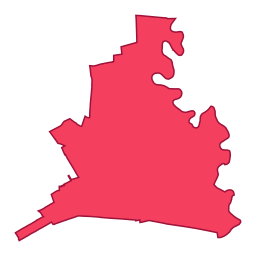 Filipesti, Bacau, Romania (orthographic projection)
{"feature_id": "2599482B19318854106378", "entity_name": "Filipesti", "entity_type": "district", "adm_level": 2, "iso_a3": "ROU", "parent_name": "Romania", "parent_adm1": "Bacau", "projection": "orthographic", "projection_center": [26.901, 46.775], "detail": "fine", "context": "isolated", "style": "filled", "palette": "rose", "viewbox_px": 256, "rotation_deg": 0, "n_neighbors": 0, "source": "geoboundaries", "source_scale": "gbopen_adm2", "svg_char_len": 5782}
<svg xmlns="http://www.w3.org/2000/svg" viewBox="0 0 256 256"><path d="M217.9,237.5L219.4,237.6L221.6,237.2L224.3,236.0L226.9,234.3L229.3,232.2L231.5,229.1L233.2,227.5L234.9,226.5L236.4,225.9L237.6,225.1L238.9,224.6L240.6,222.4L240.6,221.0L240.1,220.1L236.2,217.9L234.0,216.3L232.0,214.6L230.3,213.1L229.1,211.7L228.7,210.2L228.8,208.0L228.8,206.1L229.3,204.4L230.5,202.8L231.6,199.2L231.9,197.4L232.2,196.3L232.8,195.6L234.1,195.1L234.1,194.4L233.8,192.8L233.3,191.6L232.5,190.7L231.4,190.1L230.2,189.9L228.8,190.0L227.1,190.4L224.9,191.9L216.8,187.7L213.9,184.5L215.4,181.2L216.8,178.4L217.9,175.8L218.3,174.4L218.1,173.5L217.7,171.9L217.5,170.9L217.4,169.7L217.5,169.0L217.9,167.7L218.5,166.8L219.4,165.9L221.0,164.7L222.2,163.9L223.1,163.6L223.9,163.6L224.3,163.8L224.6,164.4L224.7,164.6L225.4,164.6L226.3,164.4L227.0,164.1L228.3,163.2L229.0,162.4L229.2,162.0L229.7,159.8L230.3,155.4L230.3,154.7L230.0,152.1L229.7,151.2L229.4,150.8L228.9,150.5L227.5,150.1L223.4,149.9L222.1,149.5L221.4,149.0L220.7,148.2L220.0,146.8L219.8,145.9L219.8,144.7L220.0,143.9L220.5,143.2L221.0,142.6L222.6,141.5L223.7,140.9L224.6,140.1L225.7,139.5L228.5,137.6L228.8,137.1L229.1,135.9L229.1,135.0L228.8,133.8L228.1,132.0L227.8,131.4L226.2,128.5L225.7,127.7L224.1,126.3L222.7,125.4L220.1,123.9L218.8,122.8L218.1,122.0L217.6,121.3L215.7,117.1L215.3,115.6L215.2,114.5L215.1,113.6L215.1,111.7L215.0,110.9L214.7,110.0L214.4,109.4L214.3,108.8L213.7,107.4L212.2,106.5L211.5,106.2L211.0,106.3L210.4,106.9L209.4,108.3L208.0,109.8L206.4,111.2L204.2,112.6L202.2,113.7L201.4,114.7L200.5,116.3L200.4,116.8L200.4,117.5L200.2,118.4L200.2,120.4L200.1,120.9L199.0,125.5L198.2,126.9L197.6,127.4L197.2,127.6L196.1,127.9L195.0,127.8L193.4,127.0L192.9,126.4L192.4,125.2L191.9,124.3L191.5,124.0L190.6,123.7L189.8,123.0L189.1,122.2L188.9,121.7L189.3,120.0L189.5,119.4L190.1,118.5L190.8,117.9L192.4,117.0L193.5,116.3L194.1,115.8L194.4,115.4L194.8,114.5L194.9,113.4L194.9,112.9L194.7,112.5L194.2,111.6L193.6,111.1L193.2,110.9L191.5,110.9L190.3,111.1L189.0,111.5L187.8,111.8L186.8,112.2L186.0,112.3L185.0,112.3L182.8,111.9L182.0,111.5L181.4,111.1L178.5,108.8L177.0,107.8L175.4,106.4L173.8,104.7L173.4,104.1L173.1,103.3L172.9,102.5L172.9,101.7L173.3,100.7L173.8,100.2L175.3,99.4L177.6,98.8L178.6,98.4L180.0,97.5L180.6,96.9L180.9,96.4L181.5,95.2L181.7,94.5L181.8,93.8L181.8,92.8L181.7,92.0L181.2,91.0L180.5,90.0L180.2,89.7L179.6,89.2L178.3,88.8L175.5,88.9L172.7,88.8L171.1,88.8L169.4,88.6L168.6,88.4L167.6,87.6L164.2,85.8L163.2,85.5L160.9,85.0L157.4,84.8L156.6,84.6L156.1,84.5L155.0,83.9L154.2,83.3L153.5,82.5L152.6,80.8L151.9,79.1L151.9,77.2L152.0,76.4L152.3,75.6L153.0,74.7L153.9,73.9L155.0,73.3L158.0,73.0L159.4,73.2L160.5,73.6L161.4,74.2L163.9,76.7L165.2,78.0L165.8,78.4L166.4,78.7L167.5,79.0L168.7,79.1L171.3,77.8L172.1,77.2L173.0,76.3L173.3,75.7L173.6,74.9L174.0,72.5L174.0,70.8L173.9,70.0L173.8,69.3L173.2,67.7L172.6,65.1L172.1,62.1L171.6,60.8L171.1,59.9L170.5,59.5L168.6,58.3L166.0,56.3L163.6,54.8L162.9,53.9L162.1,51.8L161.9,49.9L162.1,49.3L162.2,48.2L162.4,43.7L162.7,42.8L163.1,42.0L163.3,41.7L163.7,41.4L164.8,41.0L165.8,41.0L166.2,41.1L168.3,42.2L168.7,42.4L170.4,44.8L171.8,47.8L172.6,49.1L173.2,49.9L173.1,50.0L173.5,50.1L173.8,50.4L176.2,53.0L178.0,54.7L178.4,55.0L179.4,55.3L179.8,55.4L180.8,55.3L181.4,55.1L181.8,54.8L182.4,54.0L182.9,53.2L183.3,52.3L183.6,51.1L183.4,49.2L183.1,48.5L182.3,47.2L181.2,44.5L181.0,43.9L181.2,42.8L182.6,39.4L183.3,37.4L183.4,37.1L183.4,36.1L183.3,35.1L182.8,33.6L182.3,32.5L182.0,32.2L181.5,31.8L180.8,31.6L178.9,31.7L176.5,32.1L175.6,32.1L173.8,31.9L172.4,31.4L171.8,31.0L171.1,30.2L170.6,29.6L170.5,29.2L170.4,27.8L170.5,26.7L170.9,25.3L171.2,24.5L172.0,23.2L173.2,21.5L175.5,18.5L169.2,18.6L167.8,18.7L167.4,18.6L166.7,18.0L159.3,17.4L140.0,15.6L135.9,15.4L136.2,19.2L136.6,32.3L136.9,42.4L121.1,46.8L121.9,54.2L113.7,55.4L113.7,61.6L112.3,61.8L112.3,62.1L109.4,62.4L101.3,64.0L99.9,64.3L96.9,65.3L94.3,65.9L93.4,66.0L89.7,65.7L90.2,69.1L91.0,76.2L91.9,78.4L92.0,80.4L92.0,82.3L91.8,85.6L92.0,86.1L91.6,90.1L91.4,92.9L91.1,95.8L90.3,104.3L90.3,106.1L90.0,109.4L89.7,115.5L89.7,117.5L88.7,117.7L88.2,117.7L86.7,117.2L85.7,116.7L85.1,116.2L81.7,126.2L81.1,126.3L80.3,126.1L78.3,124.9L77.3,124.5L76.4,123.4L76.0,123.0L74.7,122.4L69.8,118.7L65.2,120.9L64.3,121.2L63.7,121.9L61.3,125.3L60.4,126.0L49.6,131.6L57.1,142.0L57.7,143.1L58.1,143.3L59.0,143.6L60.6,143.9L64.8,145.8L61.7,147.6L64.8,154.8L65.4,154.5L67.2,158.1L71.7,165.6L73.8,169.0L76.4,173.6L78.7,177.4L71.3,179.6L68.9,175.5L68.2,175.9L71.1,180.7L70.9,180.9L70.3,181.0L66.0,183.4L65.2,183.5L65.0,184.0L64.6,184.1L64.5,184.5L64.4,185.0L63.8,184.7L63.8,185.5L63.1,185.2L62.9,185.5L62.9,185.8L62.7,186.0L62.5,185.8L62.1,186.4L61.7,186.4L61.5,185.8L61.3,185.8L60.8,186.7L60.5,186.8L60.0,186.5L59.3,186.3L59.2,187.3L59.3,187.5L59.3,190.4L57.3,190.7L55.3,191.8L51.3,194.4L54.0,202.3L49.9,204.6L48.9,205.3L45.5,207.2L43.7,208.5L40.9,209.9L38.3,210.9L38.8,211.2L39.0,211.6L39.8,211.9L41.4,213.8L41.7,214.3L41.7,214.6L41.9,214.9L43.5,216.7L42.9,216.9L40.9,217.9L37.9,219.6L37.1,219.9L35.9,220.9L30.4,224.2L29.5,224.6L25.7,226.8L22.2,228.7L19.4,230.4L15.4,232.8L15.9,233.8L16.5,234.4L16.9,234.9L17.1,235.6L18.6,237.8L18.6,238.3L18.5,238.7L18.6,239.2L19.2,240.6L21.6,239.2L24.9,237.4L26.1,236.6L27.2,236.1L31.1,233.6L36.0,231.1L37.0,230.4L37.4,230.1L38.2,229.8L38.8,229.3L43.2,227.0L43.8,226.5L45.1,225.9L51.5,222.1L51.9,222.8L53.1,224.3L54.1,224.4L54.4,224.3L55.3,223.8L63.8,220.8L71.7,218.1L73.1,217.7L78.2,215.9L91.1,216.5L99.1,217.1L99.5,217.3L111.7,218.3L118.5,218.7L122.9,219.0L135.9,220.1L135.9,220.8L139.7,219.9L140.0,222.5L143.7,221.8L144.7,221.5L148.7,220.5L150.3,220.7L157.2,222.0L164.5,223.4L166.4,223.9L184.9,226.6L195.5,228.3L208.8,230.9L217.1,232.6L217.9,237.5Z" fill="#f43f5e" stroke="#9f1239" stroke-width="1.5"/></svg>